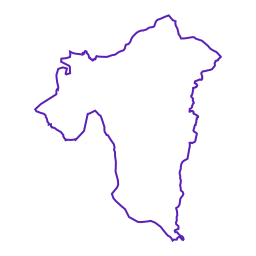 Mariga, Niger, Nigeria (Robinson projection)
{"feature_id": "59680162B84198311358077", "entity_name": "Mariga", "entity_type": "district", "adm_level": 2, "iso_a3": "NGA", "parent_name": "Nigeria", "parent_adm1": "Niger", "projection": "robinson", "projection_center": [5.889, 10.619], "detail": "fine", "context": "isolated", "style": "outline", "palette": "violet", "viewbox_px": 256, "rotation_deg": 0, "n_neighbors": 0, "source": "geoboundaries", "source_scale": "gbopen_adm2", "svg_char_len": 5538}
<svg xmlns="http://www.w3.org/2000/svg" viewBox="0 0 256 256"><path d="M70.0,51.6L70.3,54.6L70.0,57.0L66.1,58.2L61.4,58.6L61.1,61.7L69.1,65.8L69.8,66.6L70.1,73.2L66.4,74.4L65.6,73.8L66.9,68.5L62.7,67.4L58.3,68.9L57.9,70.0L56.9,73.3L56.4,74.9L56.6,77.9L57.3,83.0L57.9,85.2L58.3,87.7L58.0,89.5L57.6,89.1L57.3,89.0L57.1,89.3L56.9,89.9L56.4,90.6L56.4,91.2L56.4,91.3L56.4,92.1L56.3,94.3L40.8,104.1L35.2,109.3L36.4,111.3L37.8,111.8L40.7,112.9L43.9,113.8L45.6,115.4L45.8,117.1L46.8,118.6L47.6,122.0L48.7,123.2L48.7,124.7L49.6,124.4L50.9,124.2L51.0,126.3L51.8,127.4L52.7,127.2L53.5,127.9L54.3,127.9L55.6,128.6L56.2,129.4L57.7,130.2L61.1,132.2L62.5,134.1L63.3,134.8L63.3,136.6L64.1,137.5L64.3,138.2L65.6,139.2L65.4,139.9L65.7,140.2L67.7,139.8L68.7,139.7L69.9,140.0L74.3,139.6L75.1,139.2L75.6,139.9L84.0,131.0L87.7,114.0L89.7,113.4L93.6,111.4L95.2,110.7L97.6,113.2L98.7,114.6L100.5,115.7L101.9,119.2L104.4,126.9L104.4,129.7L104.6,131.6L106.6,135.0L108.0,135.3L110.6,139.6L113.8,144.2L114.6,147.6L114.0,149.8L115.0,152.1L115.1,156.7L115.9,161.8L115.7,169.1L115.5,171.2L117.9,180.3L118.2,184.6L117.1,187.4L111.9,193.8L113.4,198.2L115.6,200.8L121.7,206.4L125.1,209.2L129.0,217.0L137.9,221.9L141.1,222.1L147.0,221.5L150.8,220.9L155.2,222.7L160.8,226.9L163.2,230.1L167.7,235.5L169.6,236.5L171.2,238.0L172.6,240.6L173.7,239.6L176.8,239.6L177.4,237.9L179.2,236.8L180.6,237.8L182.1,239.6L183.1,240.0L183.6,239.3L183.2,237.7L182.2,236.4L180.5,235.8L178.2,233.7L177.2,232.2L175.3,232.2L174.7,230.9L174.9,230.3L175.8,230.0L176.4,229.6L177.2,229.3L178.1,229.2L178.5,228.8L178.4,227.9L178.5,227.4L178.4,226.2L177.4,225.2L176.3,224.4L175.9,222.5L176.8,220.8L176.6,217.3L177.3,215.0L177.0,211.2L176.1,208.1L178.4,206.6L179.6,204.3L180.3,198.9L181.5,197.0L182.5,195.9L183.4,193.9L182.8,192.1L180.9,190.4L180.6,187.3L180.1,185.3L180.6,183.3L180.9,180.4L180.1,178.1L180.3,176.1L179.6,173.4L179.9,171.3L180.7,169.2L180.9,166.2L181.3,164.2L182.5,161.9L184.1,160.6L187.5,158.8L189.4,147.9L189.6,147.3L189.7,146.5L189.8,146.0L189.8,144.6L189.8,143.9L189.7,143.2L189.6,142.9L190.1,142.7L190.7,142.6L190.8,142.8L191.7,143.0L192.1,143.1L192.4,143.1L193.0,142.6L193.4,142.4L193.8,142.3L193.9,142.2L194.4,142.1L195.2,141.2L195.3,141.0L195.4,140.7L195.5,140.3L195.4,139.7L195.6,139.4L195.7,139.0L196.0,138.2L196.0,137.9L196.2,136.4L196.9,133.9L196.8,133.5L196.5,133.2L195.8,132.6L194.5,131.9L193.9,131.4L193.5,130.7L193.4,130.4L193.7,129.8L193.7,129.3L194.1,128.1L194.4,127.0L194.5,126.4L194.6,126.0L194.7,125.7L194.9,125.5L195.0,125.3L195.0,125.2L195.4,125.1L195.6,125.0L195.8,124.8L195.6,124.2L195.7,123.9L196.0,122.9L196.3,122.4L196.3,121.6L196.4,120.9L196.3,120.5L196.3,120.0L196.6,119.6L196.8,119.4L196.7,118.1L196.8,118.0L198.0,117.3L198.2,116.8L197.8,115.9L197.5,115.6L197.2,115.5L196.9,115.6L196.7,115.6L196.4,115.4L195.9,114.6L195.4,114.3L195.1,114.3L194.0,114.0L193.8,113.8L193.3,113.0L193.4,112.8L193.6,112.6L193.5,111.9L192.9,111.2L192.1,110.9L191.4,111.1L190.8,111.1L190.6,111.0L190.2,111.7L189.9,111.7L189.6,111.7L189.5,110.9L189.8,110.2L189.7,109.4L189.7,109.1L190.0,108.8L190.8,108.4L191.1,108.3L191.4,108.0L191.7,107.5L192.1,107.0L192.2,106.6L192.1,106.1L192.1,105.6L192.3,105.3L192.7,104.7L192.9,103.9L193.4,103.5L193.8,103.0L193.8,102.5L193.3,101.7L192.9,101.3L192.8,101.0L192.9,99.5L193.1,98.9L192.9,98.4L192.4,97.9L191.7,97.3L191.5,97.0L191.2,96.4L191.1,96.0L191.3,95.7L191.8,95.4L192.0,94.8L192.2,94.2L192.4,93.5L192.6,92.9L192.7,92.2L192.8,91.5L192.8,90.8L193.2,90.1L193.2,89.7L193.1,89.0L193.0,88.4L193.1,87.9L193.3,87.8L194.8,87.7L195.3,87.3L195.6,86.9L195.9,86.9L196.2,87.1L196.5,86.9L196.9,86.1L197.2,85.7L197.3,85.5L196.8,84.6L196.5,84.2L196.3,83.8L195.8,83.7L194.8,83.3L194.7,83.0L194.9,82.7L194.9,81.5L196.3,80.8L196.6,80.7L197.6,80.5L198.0,80.2L198.6,80.0L199.2,79.8L199.6,79.4L200.5,79.5L201.0,79.9L201.3,79.9L201.7,79.7L202.1,79.2L202.3,78.4L202.2,77.9L202.0,77.3L202.0,77.2L202.3,76.7L201.2,73.3L202.4,71.6L210.5,69.8L212.0,69.2L214.4,66.4L214.8,65.7L214.9,64.7L214.6,63.4L214.7,62.9L214.8,62.7L215.1,62.5L215.2,62.2L215.6,60.9L215.8,60.8L216.4,60.9L216.7,60.7L217.0,60.4L217.5,60.2L218.0,60.3L218.1,60.2L218.3,59.6L218.6,58.8L218.9,58.6L219.4,58.3L219.8,58.0L219.9,57.6L220.1,57.3L220.3,57.2L220.5,57.2L220.8,56.9L220.8,56.6L216.4,52.0L213.1,50.4L210.3,48.7L208.1,46.0L202.1,40.8L195.7,38.6L194.4,37.4L193.1,37.1L190.1,37.5L186.8,38.1L184.6,38.4L181.1,38.5L179.9,36.0L178.6,34.2L178.3,32.4L177.5,28.9L175.7,25.4L175.3,23.0L175.6,21.3L173.8,20.5L172.8,20.2L168.7,15.4L164.9,16.8L161.4,18.4L157.4,19.9L155.9,21.5L154.2,26.3L153.3,26.9L148.9,27.7L146.6,29.4L143.1,30.5L141.3,30.5L138.3,31.7L136.7,32.7L133.6,35.7L132.2,37.3L131.1,39.5L130.4,41.6L128.9,43.7L128.2,44.1L125.8,44.8L125.4,46.1L124.9,48.4L123.8,50.0L122.4,50.7L119.2,51.8L117.0,53.3L115.0,54.7L112.3,55.1L107.1,56.9L102.3,56.8L97.8,56.5L96.6,56.1L96.4,56.3L96.4,56.5L96.1,56.8L96.0,57.1L96.1,57.4L96.0,57.7L95.9,57.8L95.7,57.8L95.6,58.0L95.5,58.3L95.3,58.5L95.4,58.9L95.4,59.2L95.2,59.4L94.7,59.5L94.5,59.4L94.1,59.1L93.4,59.5L93.4,59.8L93.2,60.1L92.8,60.5L92.7,60.5L92.5,60.2L92.2,60.2L91.9,59.7L91.7,59.4L91.0,59.3L90.8,59.2L90.6,58.9L90.2,58.2L90.1,57.9L89.9,57.9L89.8,58.0L89.7,58.1L89.4,57.8L89.2,57.7L89.0,57.4L88.7,55.5L88.1,54.3L87.2,53.6L86.9,53.1L86.8,52.6L86.7,51.9L86.5,51.6L86.1,51.7L85.9,51.5L85.9,51.3L85.2,51.0L84.8,51.7L84.4,52.4L84.4,53.3L84.3,53.6L84.1,53.6L83.9,53.4L83.6,53.1L83.4,52.8L83.1,52.7L82.8,52.8L82.7,53.0L82.7,53.5L82.8,54.1L82.6,54.7L81.7,54.5L80.2,54.2L78.4,54.0L75.8,53.7L73.0,53.1L70.0,51.6Z" fill="none" stroke="#5b21b6" stroke-width="2"/></svg>